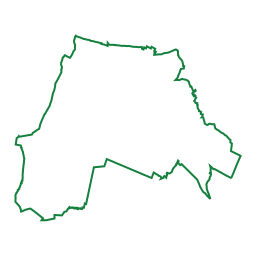 Cañitas de Felipe Pescador, Zacatecas, Mexico
{"feature_id": "50627088B55005263916135", "entity_name": "Cañitas de Felipe Pescador", "entity_type": "district", "adm_level": 2, "iso_a3": "MEX", "parent_name": "Mexico", "parent_adm1": "Zacatecas", "projection": "natural_earth1", "projection_center": [-102.728, 23.576], "detail": "fine", "context": "isolated", "style": "outline", "palette": "green", "viewbox_px": 256, "rotation_deg": 0, "n_neighbors": 0, "source": "geoboundaries", "source_scale": "gbopen_adm2", "svg_char_len": 5592}
<svg xmlns="http://www.w3.org/2000/svg" viewBox="0 0 256 256"><path d="M138.4,47.2L136.5,46.9L133.8,46.9L130.1,46.2L128.8,46.0L126.8,46.1L124.4,45.8L122.2,45.9L114.5,44.9L114.5,45.1L113.4,44.9L112.4,44.8L111.5,44.9L109.1,44.7L107.7,42.9L107.6,45.9L104.6,44.7L101.3,43.9L101.4,43.1L99.5,42.8L97.3,42.2L95.8,42.0L94.4,41.5L92.7,41.1L90.4,40.8L89.7,40.1L88.1,39.8L86.7,39.6L84.5,39.0L83.4,38.9L82.5,38.4L79.7,37.3L78.7,37.1L78.0,36.8L76.7,36.4L75.9,35.7L75.1,36.6L74.7,38.5L74.6,39.0L74.3,39.7L74.0,41.1L74.1,41.7L74.2,42.0L74.3,43.1L75.0,44.5L75.1,45.5L75.0,45.9L74.9,48.9L74.9,49.6L74.6,50.1L73.6,51.1L72.6,53.4L71.1,56.2L69.9,57.8L67.7,56.7L67.3,56.6L65.8,55.6L64.9,55.2L64.7,55.4L64.1,56.3L63.6,56.8L63.5,57.1L62.8,57.5L62.5,58.4L62.5,58.9L61.6,61.7L61.5,61.9L61.2,62.5L61.1,62.8L61.1,63.6L61.1,63.9L61.1,64.7L61.6,66.3L62.0,67.0L62.0,67.3L61.9,67.6L61.9,68.0L61.7,68.6L61.3,69.2L61.3,69.4L61.5,69.5L61.4,70.2L61.2,70.6L61.4,71.1L61.4,71.5L61.4,72.1L61.4,72.3L57.5,79.9L56.4,81.8L56.0,82.5L55.7,82.7L55.7,83.0L55.1,84.6L55.2,85.3L55.1,86.7L54.6,88.7L54.2,90.3L53.2,92.7L52.8,94.0L52.4,96.0L52.0,97.6L51.8,98.8L51.6,99.9L51.1,101.2L50.9,102.2L50.4,103.0L50.3,103.8L50.1,104.1L49.8,105.6L45.4,113.2L45.2,113.8L45.0,114.1L44.6,114.2L44.3,114.7L41.8,120.4L40.5,123.6L39.9,125.6L39.7,127.0L39.1,128.9L38.4,129.2L32.8,132.9L32.6,133.2L32.2,134.2L31.9,134.6L21.8,136.3L21.4,136.5L19.1,136.6L18.8,136.1L18.0,137.3L16.7,138.1L15.7,144.5L20.2,145.4L20.3,145.4L20.9,145.6L21.2,146.8L21.5,147.5L21.1,147.7L21.7,148.9L21.8,149.3L23.0,152.0L23.1,153.0L23.1,153.3L23.3,153.8L23.4,154.3L23.4,154.7L23.7,155.7L23.7,156.4L24.0,157.8L24.3,158.2L24.3,158.7L24.2,158.8L23.9,162.6L23.7,164.6L23.4,165.5L23.5,165.6L23.0,170.1L22.6,175.5L22.6,176.0L22.7,177.9L22.5,179.6L22.4,180.8L21.8,180.8L21.7,183.1L21.0,183.0L20.8,184.2L20.1,186.4L19.2,188.4L19.3,188.8L17.8,190.0L18.1,190.5L17.0,192.1L16.7,192.9L16.4,193.0L16.0,193.7L15.8,194.4L15.4,195.4L15.4,195.7L15.6,196.7L15.6,198.4L15.5,198.9L15.5,199.9L15.4,201.8L18.8,205.5L19.7,206.7L19.9,207.2L20.7,209.0L21.1,211.6L22.7,211.1L24.1,210.3L24.4,210.3L24.9,210.1L25.2,209.8L25.7,209.8L28.3,208.9L30.5,208.6L33.6,210.9L34.4,211.5L35.6,212.5L36.5,213.0L37.0,213.5L43.0,218.3L41.6,220.3L46.3,220.2L54.5,218.5L54.5,215.0L62.0,215.4L64.4,211.8L66.4,211.4L67.9,208.8L69.4,208.3L68.7,208.1L69.4,207.0L70.1,207.5L70.3,207.8L72.1,207.4L72.3,207.9L73.9,207.7L74.1,208.5L74.9,208.4L75.7,208.1L75.6,207.8L76.5,207.8L76.7,208.8L77.9,209.1L78.1,208.0L79.4,208.5L79.4,208.4L80.8,208.8L80.9,208.4L82.2,208.9L82.5,207.4L83.9,207.7L84.8,203.5L86.1,204.0L93.9,167.3L104.3,166.3L106.8,159.1L151.6,178.0L153.7,172.5L154.1,172.6L154.6,173.0L155.6,173.7L155.8,173.9L156.3,174.1L158.0,175.1L158.3,175.5L158.6,175.8L158.8,175.9L159.2,175.8L160.8,176.7L161.1,177.4L161.1,177.7L161.5,178.1L161.1,178.7L163.5,177.8L163.6,176.6L164.0,176.3L164.7,176.4L164.8,176.2L165.2,176.6L166.2,177.7L166.5,176.4L167.1,174.8L167.1,173.9L166.8,173.8L166.7,173.6L166.9,173.3L166.9,172.8L167.0,172.7L167.9,173.0L169.0,173.5L170.0,173.3L170.9,172.7L171.2,172.5L171.7,172.0L172.0,171.4L172.4,170.4L172.5,169.9L172.9,168.9L175.4,165.8L176.0,165.1L176.1,164.6L176.4,164.8L176.7,163.9L178.0,160.6L178.6,161.2L178.2,162.5L178.5,163.4L178.9,163.8L179.4,164.3L180.1,165.1L181.5,164.1L182.8,165.3L197.2,179.6L199.6,185.1L199.8,185.9L200.2,186.9L200.8,187.7L201.0,188.0L201.3,188.9L203.1,191.8L203.9,192.4L204.1,192.7L205.0,193.1L205.3,193.5L207.4,196.1L208.2,196.9L208.5,197.1L209.0,197.7L209.6,198.2L210.0,198.5L210.4,199.0L209.7,197.0L209.3,196.1L208.9,194.6L208.5,193.3L208.0,192.3L207.5,191.0L207.0,189.5L206.7,188.5L206.7,186.0L206.4,184.9L206.4,184.1L206.8,183.5L206.9,183.0L207.8,181.3L209.0,180.1L209.6,179.2L209.5,178.4L209.6,177.8L209.9,177.0L210.4,176.3L211.0,174.7L210.9,174.4L210.9,173.7L209.8,173.2L209.9,172.7L210.8,172.3L210.6,170.6L210.6,169.7L210.8,168.9L210.6,167.8L210.5,167.2L210.2,166.0L211.7,167.4L212.5,168.1L213.5,169.2L214.7,169.1L224.9,174.8L230.6,177.8L231.4,177.6L233.2,173.5L238.0,161.7L240.6,155.9L240.2,155.6L231.0,151.1L231.9,143.6L230.3,142.3L230.5,140.0L228.8,138.6L227.7,137.3L227.4,137.1L226.5,135.9L225.8,135.5L225.0,135.2L224.0,134.2L223.8,133.9L222.9,133.3L222.2,133.0L220.3,132.0L220.0,131.6L219.1,131.0L218.5,130.4L217.9,130.1L217.1,129.7L215.3,128.4L214.3,124.2L213.9,124.2L211.6,124.2L210.9,124.1L210.1,123.8L209.7,123.7L208.7,124.1L208.4,124.5L208.1,124.7L207.5,124.8L207.1,125.0L205.4,124.1L204.8,123.6L204.6,122.7L204.6,122.4L204.0,120.5L203.7,119.2L203.3,117.7L202.8,117.2L201.7,117.3L202.2,116.6L202.4,116.6L202.4,116.0L202.8,114.5L200.8,114.0L201.1,111.9L199.1,111.2L199.3,110.5L198.2,109.1L197.9,108.6L197.5,107.0L197.6,106.4L197.7,105.0L197.1,104.9L197.3,103.1L195.6,103.0L194.7,101.5L194.7,101.4L194.2,101.0L194.5,100.6L195.2,99.2L196.2,97.6L194.7,96.2L195.3,95.7L194.5,94.8L193.6,95.8L192.3,93.3L195.7,90.8L195.3,90.0L193.4,91.6L191.3,86.5L190.4,86.7L190.0,85.4L189.3,83.6L188.9,82.1L188.6,81.4L187.0,80.2L186.0,79.8L185.2,79.6L183.3,79.3L182.1,78.9L179.5,80.0L179.3,80.1L177.3,79.9L175.5,80.0L177.8,77.4L178.1,75.9L178.3,75.8L178.6,74.8L179.6,72.7L180.8,69.0L183.8,68.5L184.2,66.2L183.1,66.0L183.2,65.2L183.1,64.7L182.5,62.0L182.3,61.3L181.8,60.4L180.9,59.3L179.8,58.1L178.8,56.8L178.3,55.0L178.1,55.0L177.9,50.7L177.5,50.4L176.4,50.0L176.2,49.6L175.9,49.6L175.5,49.5L169.8,52.0L167.8,52.7L164.4,53.1L162.7,53.7L161.5,54.3L159.7,54.3L154.2,54.8L154.4,53.2L154.8,53.4L155.9,51.7L154.3,50.8L155.2,48.8L151.5,46.8L150.8,48.5L146.9,46.3L146.0,48.4L144.2,47.4L143.5,49.5L142.0,48.8L142.0,47.2L140.6,47.0L138.4,47.2Z" fill="none" stroke="#15803d" stroke-width="2"/></svg>